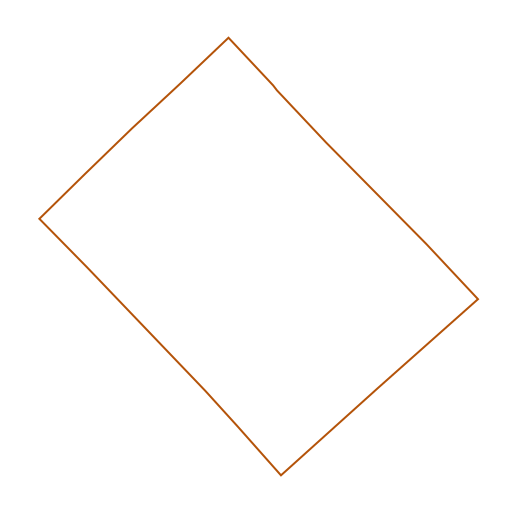 outline of Washtenaw, Michigan, United States of America, rotated 228°
{"feature_id": "52423323B44237705937430", "entity_name": "Washtenaw", "entity_type": "district", "adm_level": 2, "iso_a3": "USA", "parent_name": "United States of America", "parent_adm1": "Michigan", "projection": "robinson", "projection_center": [-83.81, 42.253], "detail": "fine", "context": "isolated", "style": "outline", "palette": "amber", "viewbox_px": 512, "rotation_deg": 228, "n_neighbors": 0, "source": "geoboundaries", "source_scale": "gbopen_adm2", "svg_char_len": 354}
<svg xmlns="http://www.w3.org/2000/svg" viewBox="0 0 512 512"><g transform="rotate(228 256 256)"><path d="M76.3,127.8L76.3,258.5L75.4,392.1L150.9,390.6L293.6,384.0L365.1,382.4L371.3,382.9L436.6,381.6L434.8,315.2L433.8,249.2L431.4,184.2L428.6,119.9L360.0,122.9L189.7,128.1L141.8,128.3L76.3,127.8Z" fill="none" stroke="#b45309" stroke-width="2"/></g></svg>